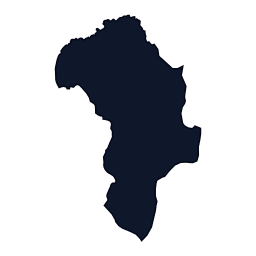 Manakhah, Sana'a, Yemen
{"feature_id": "15242507B46989260913803", "entity_name": "Manakhah", "entity_type": "district", "adm_level": 2, "iso_a3": "YEM", "parent_name": "Yemen", "parent_adm1": "Sana'a", "projection": "orthographic", "projection_center": [43.649, 15.071], "detail": "fine", "context": "isolated", "style": "filled", "palette": "ink", "viewbox_px": 256, "rotation_deg": 0, "n_neighbors": 0, "source": "geoboundaries", "source_scale": "gbopen_adm2", "svg_char_len": 5401}
<svg xmlns="http://www.w3.org/2000/svg" viewBox="0 0 256 256"><path d="M104.4,205.5L112.1,213.9L115.4,219.7L115.8,221.6L117.4,223.7L119.1,225.7L122.9,228.2L127.4,230.0L131.3,231.7L136.2,234.1L140.5,238.7L141.6,240.6L146.8,235.1L151.4,226.9L153.6,217.5L155.3,210.3L155.3,210.2L156.0,204.7L156.8,201.6L155.2,196.0L155.2,192.7L155.2,188.9L155.9,183.3L156.7,180.2L162.2,177.0L164.6,176.3L169.2,170.6L174.7,165.0L180.7,162.2L186.3,162.0L190.0,162.4L192.8,162.5L193.5,162.2L196.7,160.9L198.3,155.4L198.2,146.6L198.8,144.1L198.9,143.2L199.7,139.5L200.2,135.8L200.5,133.9L200.5,128.4L194.9,126.1L193.4,128.0L191.8,128.7L188.1,128.0L184.6,126.1L182.5,123.4L180.9,114.4L180.7,113.5L182.0,107.6L182.0,107.4L183.2,105.3L184.4,103.6L185.2,100.8L184.4,97.3L184.7,93.6L184.8,93.1L185.2,91.2L185.2,90.9L185.8,86.2L181.8,76.8L181.2,75.4L182.8,66.2L177.9,68.7L172.4,68.8L171.4,67.8L161.9,59.1L158.8,56.4L158.7,56.2L157.7,49.4L154.1,44.4L152.0,45.1L150.1,43.7L148.9,42.0L146.8,42.4L145.3,38.9L145.7,36.2L145.0,33.9L144.7,31.1L143.7,31.2L142.5,29.8L142.1,28.3L139.5,25.3L140.0,22.1L140.0,21.3L139.8,21.3L139.7,21.3L139.3,21.2L139.3,20.9L139.3,20.7L139.2,20.5L139.0,20.3L138.9,20.2L138.6,20.1L138.3,20.2L138.0,20.6L137.4,20.3L137.4,19.7L137.1,19.3L136.6,19.0L136.1,19.0L135.6,19.2L135.1,19.3L134.9,19.2L134.5,19.1L134.4,18.7L134.3,18.0L134.3,17.7L134.5,17.5L134.8,17.1L134.4,16.8L133.9,16.9L133.3,17.1L132.8,17.1L132.2,17.3L131.7,17.6L131.2,17.7L130.5,17.6L130.0,17.4L129.6,17.1L129.4,16.6L129.4,16.1L129.2,15.6L128.7,15.4L128.2,15.4L127.6,15.6L127.2,15.8L126.8,16.1L126.3,16.3L125.8,16.3L125.2,16.2L124.7,16.2L124.1,16.2L123.4,16.5L123.0,17.1L122.6,17.3L122.0,17.4L121.5,17.8L121.0,17.9L120.4,17.7L119.9,17.8L119.5,18.1L119.1,18.5L118.8,18.8L118.3,19.1L117.9,19.6L117.6,20.0L117.2,20.4L116.8,20.8L116.4,21.1L115.9,21.1L115.4,21.0L115.0,20.6L114.7,20.2L114.2,19.8L113.8,19.5L113.2,19.4L112.8,19.6L112.3,20.1L112.0,20.5L111.6,20.8L111.3,21.2L110.8,21.3L110.3,21.2L109.4,20.5L109.0,20.2L108.6,19.9L108.1,19.9L107.6,20.0L107.5,19.9L106.9,20.3L106.0,20.5L105.4,20.6L104.8,20.6L104.5,21.0L104.1,21.2L103.9,21.3L103.7,21.5L103.9,22.0L104.2,22.3L104.2,22.9L103.8,23.1L103.5,23.1L103.3,23.2L103.2,23.7L103.4,24.2L103.9,24.5L104.3,24.9L104.6,25.3L104.9,25.7L105.0,26.2L105.0,26.6L104.9,27.3L104.6,27.7L104.2,28.1L104.1,28.5L104.1,29.1L103.6,29.3L103.1,29.1L102.6,29.2L102.3,29.5L101.9,29.8L101.5,30.1L101.0,30.4L100.5,30.5L100.3,30.5L100.0,30.5L99.6,30.2L99.2,29.9L98.8,29.6L98.4,29.2L98.0,28.9L97.5,28.7L97.0,28.7L96.6,28.9L96.4,29.4L96.6,29.9L97.0,30.3L97.3,30.7L97.5,31.1L97.4,31.6L97.0,32.1L97.0,32.6L96.7,33.0L96.2,33.2L95.7,33.3L95.4,33.6L95.6,34.1L95.6,34.5L95.3,35.0L94.9,35.3L94.4,35.1L93.9,35.0L93.5,35.0L93.4,35.0L92.4,35.4L92.0,35.6L91.5,35.7L91.1,36.0L90.8,36.5L90.6,37.6L90.3,38.1L89.9,38.4L89.4,38.2L89.1,37.8L88.9,37.4L88.4,37.3L88.0,37.6L87.5,38.0L87.0,38.3L86.5,38.3L86.0,38.4L85.3,39.1L84.7,39.5L84.3,39.7L83.7,39.7L83.2,39.7L82.8,39.4L82.5,39.0L82.2,38.6L81.7,38.3L81.2,38.3L80.7,38.3L80.2,38.4L79.7,38.5L79.3,38.8L78.8,39.1L78.4,39.4L77.8,39.9L77.3,39.9L76.9,39.7L76.6,39.2L76.5,38.6L76.0,38.6L75.6,39.0L75.3,39.3L74.8,39.5L74.3,39.6L73.8,39.6L73.3,39.6L72.8,39.5L72.2,39.5L71.7,39.7L71.3,39.9L71.2,40.2L71.2,40.4L71.1,40.9L70.6,41.2L70.6,41.7L70.8,42.1L70.9,42.7L70.7,43.2L70.3,43.3L69.2,43.7L68.7,44.0L68.6,44.5L68.4,45.0L68.1,45.4L67.6,45.4L67.2,45.3L66.7,45.1L66.2,45.2L65.8,45.5L65.4,45.8L65.0,46.2L64.6,46.6L64.2,47.0L63.8,47.4L63.1,48.2L62.8,48.5L62.4,49.0L62.1,49.6L61.8,50.0L61.5,50.5L61.1,50.9L61.1,51.4L61.1,51.9L61.4,52.3L61.6,52.8L61.6,53.3L61.2,53.6L60.7,53.9L60.3,54.1L60.1,54.2L59.8,54.4L59.4,54.7L59.2,55.2L58.8,55.7L58.8,55.8L58.6,56.3L58.3,56.8L58.2,57.3L58.0,57.9L57.7,58.5L57.5,59.1L57.4,59.6L57.3,60.1L57.1,60.8L56.9,61.4L56.9,61.5L56.8,62.0L56.7,62.5L56.6,63.1L56.5,63.7L56.4,64.3L56.2,64.8L56.1,65.4L56.0,65.9L55.9,66.4L55.8,66.9L55.7,67.4L55.6,68.0L55.6,68.6L55.5,69.3L55.5,69.8L55.6,70.3L55.6,70.8L55.6,71.4L55.7,71.9L55.7,72.5L55.7,73.0L55.7,73.6L55.7,74.1L55.8,74.6L55.8,75.1L55.8,75.7L55.8,76.1L55.9,76.7L55.9,77.2L55.9,78.9L55.9,79.4L56.0,80.0L56.1,80.4L56.2,81.0L56.4,81.5L56.5,82.0L56.7,82.6L56.9,83.0L57.2,83.6L57.3,83.9L57.4,84.1L57.6,84.6L57.9,85.1L58.1,85.4L58.1,85.5L58.4,86.0L58.8,86.5L58.8,86.8L59.0,87.1L59.2,87.5L60.2,87.1L61.6,86.6L63.6,86.2L66.0,86.8L67.3,88.7L68.7,88.7L69.4,88.7L69.7,86.5L71.0,86.5L73.4,87.1L75.3,85.2L77.1,84.3L79.6,85.2L82.1,87.7L85.4,91.5L86.7,92.9L89.5,97.5L89.9,98.9L90.5,101.2L93.2,103.0L93.5,103.1L93.9,103.4L95.4,105.2L95.7,108.3L95.8,113.0L98.3,114.8L100.4,115.8L102.0,115.7L103.2,117.3L103.2,119.1L104.4,119.1L107.6,119.9L108.1,120.0L110.6,121.3L111.5,123.1L111.6,124.7L111.6,125.0L111.1,127.2L111.0,128.1L111.0,128.7L111.9,129.9L112.5,131.8L112.5,134.2L112.6,137.1L111.8,138.9L110.1,142.7L108.8,145.9L107.7,148.6L105.9,150.4L105.9,152.3L103.7,157.0L103.7,157.5L104.0,160.7L104.1,161.8L104.1,163.2L103.9,164.4L104.0,165.6L104.0,166.1L104.3,167.3L105.2,169.2L106.0,170.4L106.6,171.1L107.6,172.1L108.6,172.9L109.4,173.3L110.4,173.7L111.4,174.5L112.5,175.1L112.9,175.3L113.7,176.2L114.5,177.1L115.5,179.1L116.1,180.8L116.0,181.7L115.2,182.9L114.5,183.5L114.1,183.3L112.8,183.2L111.7,184.0L111.0,185.1L110.7,186.4L110.2,187.7L109.6,188.9L109.1,190.0L108.6,191.1L108.6,191.3L108.0,192.6L107.5,193.8L107.3,194.4L107.1,195.0L107.0,196.3L107.5,197.6L107.9,198.9L108.1,200.3L104.4,205.5Z" fill="#0f172a" stroke="#020617" stroke-width="1.5"/></svg>